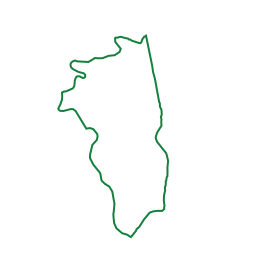 Catarina, San Marcos, Guatemala, rotated 141°
{"feature_id": "79465075B50413520272297", "entity_name": "Catarina", "entity_type": "district", "adm_level": 2, "iso_a3": "GTM", "parent_name": "Guatemala", "parent_adm1": "San Marcos", "projection": "robinson", "projection_center": [-92.07, 14.848], "detail": "fine", "context": "isolated", "style": "outline", "palette": "green", "viewbox_px": 256, "rotation_deg": 141, "n_neighbors": 0, "source": "geoboundaries", "source_scale": "gbopen_adm2", "svg_char_len": 1736}
<svg xmlns="http://www.w3.org/2000/svg" viewBox="0 0 256 256"><g transform="rotate(141 128 128)"><path d="M126.6,213.7L129.1,214.6L131.8,214.3L133.4,212.7L134.0,210.9L133.8,209.1L133.4,207.6L131.1,202.6L127.9,198.2L127.8,196.3L128.9,194.8L129.9,194.6L131.0,194.8L131.9,195.7L132.6,197.3L133.0,198.4L134.1,199.6L135.6,200.3L137.0,199.8L138.2,199.2L139.3,198.5L142.9,194.8L143.9,194.2L145.1,193.7L146.4,193.6L152.9,195.4L154.8,196.6L157.0,197.1L158.3,195.2L159.8,193.3L161.7,191.4L165.9,188.8L168.9,187.5L170.1,186.8L170.3,185.5L170.0,184.2L167.6,181.9L160.7,178.8L158.8,177.2L158.0,174.2L160.8,153.7L157.6,151.9L155.7,148.9L155.7,142.7L157.0,140.5L159.8,138.3L166.3,137.3L174.1,131.3L176.5,128.5L178.0,121.3L178.0,110.4L181.6,103.8L181.1,99.2L179.4,94.2L180.2,88.5L186.3,77.5L192.0,71.7L193.4,70.5L195.5,67.6L198.6,62.8L200.1,57.4L198.8,50.0L195.7,45.4L195.0,43.0L194.3,41.4L186.7,43.0L184.8,44.0L181.7,44.0L173.0,46.9L164.4,48.6L160.8,47.3L157.0,44.9L153.7,42.1L150.9,42.2L150.1,43.4L148.6,44.5L146.1,48.7L143.8,51.4L142.4,53.0L138.4,56.1L136.5,58.9L135.5,59.2L133.4,61.2L132.1,63.0L131.4,63.0L128.9,65.4L127.9,65.6L124.5,69.5L122.4,72.3L119.5,75.2L117.7,76.9L115.8,80.7L114.2,84.3L114.1,99.0L113.2,101.6L112.4,103.3L111.0,104.3L108.0,106.2L100.6,108.7L98.6,111.4L96.4,113.9L95.5,115.9L93.4,117.1L90.6,121.0L89.7,124.5L87.6,127.4L87.5,128.5L76.2,149.1L73.3,155.7L69.9,161.4L55.9,188.4L58.1,188.7L61.1,187.9L64.0,186.1L65.3,186.3L66.4,187.8L70.1,193.5L70.6,195.4L71.7,196.4L71.7,197.5L73.2,199.2L76.1,203.3L77.7,204.3L79.1,204.6L80.7,206.0L81.4,206.0L83.7,203.0L83.8,194.1L86.7,192.4L92.6,193.0L97.7,196.3L103.6,198.2L106.2,200.0L109.7,203.2L117.2,204.2L125.5,211.7L126.6,213.7Z" fill="none" stroke="#15803d" stroke-width="2"/></g></svg>